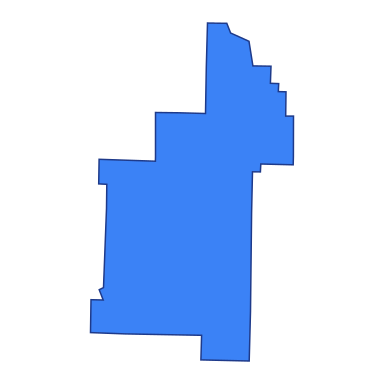 Sharp, Arkansas, United States of America (Mercator projection)
{"feature_id": "52423323B36098505966546", "entity_name": "Sharp", "entity_type": "district", "adm_level": 2, "iso_a3": "USA", "parent_name": "United States of America", "parent_adm1": "Arkansas", "projection": "mercator", "projection_center": [-91.463, 36.194], "detail": "fine", "context": "isolated", "style": "filled", "palette": "blue", "viewbox_px": 384, "rotation_deg": 0, "n_neighbors": 0, "source": "geoboundaries", "source_scale": "gbopen_adm2", "svg_char_len": 627}
<svg xmlns="http://www.w3.org/2000/svg" viewBox="0 0 384 384"><path d="M90.5,332.6L125.3,333.9L201.6,335.3L200.9,359.9L249.2,361.0L250.5,311.6L251.6,212.4L252.5,171.8L260.4,171.9L260.8,164.0L293.2,164.8L293.4,156.8L293.5,116.1L285.7,116.1L286.0,91.8L278.3,91.6L278.7,83.6L270.4,83.3L271.0,66.2L252.9,65.9L249.0,41.3L230.6,33.0L226.8,23.3L226.7,23.3L215.0,23.2L213.6,23.1L209.2,23.1L207.5,23.0L206.3,67.2L205.5,113.5L179.5,112.8L155.5,112.5L155.5,157.0L155.4,161.2L99.1,159.3L98.7,183.9L106.8,184.3L106.5,208.7L103.5,287.6L99.2,289.7L103.2,300.0L91.0,299.7L90.5,332.6Z" fill="#3b82f6" stroke="#1e3a8a" stroke-width="1.5"/></svg>